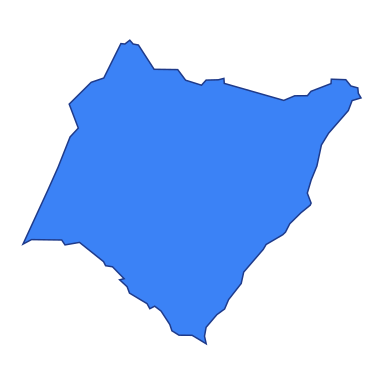 Williamsburg, South Carolina, United States of America
{"feature_id": "52423323B81362152802157", "entity_name": "Williamsburg", "entity_type": "district", "adm_level": 2, "iso_a3": "USA", "parent_name": "United States of America", "parent_adm1": "South Carolina", "projection": "albers", "projection_center": [-79.682, 33.598], "detail": "fine", "context": "isolated", "style": "filled", "palette": "blue", "viewbox_px": 384, "rotation_deg": 0, "n_neighbors": 0, "source": "geoboundaries", "source_scale": "gbopen_adm2", "svg_char_len": 995}
<svg xmlns="http://www.w3.org/2000/svg" viewBox="0 0 384 384"><path d="M120.9,43.6L103.8,78.0L91.2,82.3L69.2,104.1L78.3,128.1L70.1,136.9L58.1,167.2L47.7,190.5L23.0,244.1L31.5,239.6L61.7,240.0L65.0,244.9L79.5,242.4L103.6,261.7L105.6,265.7L112.5,266.8L124.1,278.7L119.6,279.8L127.1,286.7L129.5,293.1L147.1,303.7L149.8,308.7L154.7,306.2L161.0,311.0L169.8,324.5L171.9,330.8L179.0,335.2L192.1,335.3L206.2,343.8L204.5,336.2L206.1,327.3L216.9,314.6L224.6,309.0L228.6,299.6L241.2,283.5L243.7,272.1L263.3,249.3L266.1,244.5L282.8,234.7L285.5,232.1L289.8,223.7L301.0,212.7L310.2,205.2L311.1,203.1L307.3,193.1L311.2,179.9L316.9,166.0L321.4,145.0L328.6,133.2L348.3,110.6L352.1,100.6L361.0,97.9L358.3,93.3L357.8,87.9L350.9,86.0L345.8,79.7L331.3,79.2L331.0,83.6L311.0,91.3L307.4,95.7L294.7,95.8L283.8,100.4L224.3,83.4L223.9,78.4L218.3,79.8L206.1,80.1L201.5,85.2L185.6,80.2L177.7,69.6L154.1,69.3L138.4,45.0L133.1,44.0L129.8,40.2L124.9,44.0L120.9,43.6Z" fill="#3b82f6" stroke="#1e3a8a" stroke-width="1.5"/></svg>